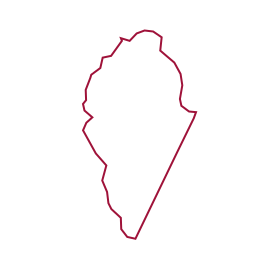 Union, Florida, United States of America (orthographic projection), rotated 117°
{"feature_id": "52423323B15524353330478", "entity_name": "Union", "entity_type": "district", "adm_level": 2, "iso_a3": "USA", "parent_name": "United States of America", "parent_adm1": "Florida", "projection": "orthographic", "projection_center": [-82.394, 30.032], "detail": "fine", "context": "isolated", "style": "outline", "palette": "rose", "viewbox_px": 256, "rotation_deg": 117, "n_neighbors": 0, "source": "geoboundaries", "source_scale": "gbopen_adm2", "svg_char_len": 614}
<svg xmlns="http://www.w3.org/2000/svg" viewBox="0 0 256 256"><g transform="rotate(117 128 128)"><path d="M51.2,175.1L53.1,173.0L71.4,175.8L76.8,182.5L87.1,179.9L97.2,184.9L100.6,184.3L113.2,183.0L122.2,178.0L127.0,179.0L132.2,174.7L134.7,164.6L142.2,167.5L150.5,167.0L165.3,145.1L171.2,130.3L186.5,127.1L194.5,117.6L203.9,111.3L207.8,106.0L211.3,93.6L221.2,88.1L225.4,79.2L223.3,71.1L127.0,73.2L89.5,73.8L83.0,74.6L85.6,81.1L84.0,90.5L78.6,94.9L65.3,99.0L56.0,105.7L48.7,116.4L44.4,134.4L31.9,139.2L30.6,149.4L33.6,157.5L39.8,163.2L49.6,166.1L51.2,175.1Z" fill="none" stroke="#9f1239" stroke-width="2"/></g></svg>